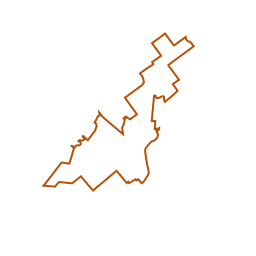 the district of Budesti, Giurgiu, Romania, rotated 322°
{"feature_id": "2599482B32121739895306", "entity_name": "Budesti", "entity_type": "district", "adm_level": 2, "iso_a3": "ROU", "parent_name": "Romania", "parent_adm1": "Giurgiu", "projection": "natural_earth1", "projection_center": [26.452, 44.251], "detail": "fine", "context": "isolated", "style": "outline", "palette": "amber", "viewbox_px": 256, "rotation_deg": 322, "n_neighbors": 0, "source": "geoboundaries", "source_scale": "gbopen_adm2", "svg_char_len": 5475}
<svg xmlns="http://www.w3.org/2000/svg" viewBox="0 0 256 256"><g transform="rotate(322 128 128)"><path d="M147.6,151.9L148.2,148.7L150.6,148.5L152.2,147.7L152.6,147.2L151.4,147.1L150.9,147.1L150.5,147.0L149.4,146.7L149.7,146.2L149.2,146.1L149.4,145.6L148.9,145.4L148.7,145.3L148.5,145.2L150.9,142.5L152.5,140.8L153.8,139.4L152.7,138.4L152.3,138.2L150.9,137.2L152.6,135.4L154.3,133.6L156.0,131.8L157.9,129.8L158.7,129.0L160.9,126.6L162.2,125.2L164.6,122.7L167.7,119.3L168.3,118.8L168.6,118.6L168.8,118.6L169.5,119.5L169.3,119.7L169.2,119.9L169.0,121.1L168.9,121.8L169.0,122.0L169.3,122.4L169.4,122.5L170.5,122.9L170.6,123.0L170.9,123.2L171.2,123.5L171.6,123.6L172.1,123.6L172.9,123.6L173.3,123.7L174.6,124.2L175.0,124.3L175.3,124.5L175.4,124.9L175.5,125.2L175.4,125.5L175.4,125.8L175.3,126.0L175.2,126.2L174.9,126.7L174.3,127.3L174.0,127.6L173.9,127.9L173.7,128.2L173.4,129.3L173.3,129.8L173.2,130.2L180.9,129.9L184.7,129.8L185.2,129.7L189.9,129.2L190.0,128.5L190.1,126.6L190.4,121.0L194.5,121.2L197.1,121.3L197.5,121.4L197.8,121.5L198.0,121.3L197.9,121.0L197.9,120.6L198.0,117.2L198.2,109.8L198.3,103.5L198.6,103.3L198.8,103.2L199.1,103.2L206.7,103.4L210.6,103.5L214.4,103.6L222.3,103.9L227.3,104.0L230.0,104.1L230.1,101.6L230.1,101.4L230.2,101.2L230.1,100.4L230.1,99.5L230.1,99.2L230.0,98.8L229.9,98.1L229.7,97.9L228.7,96.8L228.6,96.7L228.5,96.1L228.4,95.6L228.3,94.1L228.6,93.5L228.8,93.0L229.2,92.4L229.3,92.1L229.5,91.7L227.4,91.7L226.5,91.7L224.4,91.6L223.2,91.6L221.3,91.5L219.7,91.4L218.4,91.4L217.4,91.4L215.5,91.3L215.0,91.3L214.9,91.3L214.8,91.2L214.9,90.6L214.9,90.2L214.9,89.2L215.0,88.1L215.1,82.8L215.2,81.9L215.2,80.9L215.2,80.3L215.3,78.6L215.3,77.5L215.4,76.4L214.8,76.4L211.2,76.3L208.5,76.2L207.7,76.5L207.4,76.5L206.9,76.3L206.6,76.2L204.6,76.1L201.9,76.0L199.2,75.9L199.0,80.4L198.8,86.3L198.7,89.1L198.5,91.5L194.5,91.3L193.2,91.2L192.9,91.2L192.5,91.1L192.0,91.1L191.4,91.1L190.3,91.0L189.3,91.0L187.7,90.8L187.5,91.0L187.4,91.4L187.4,93.1L187.3,93.3L187.2,93.3L186.0,93.3L183.9,93.1L181.7,92.9L180.1,92.8L179.1,92.7L176.4,92.5L172.4,92.4L171.0,92.4L171.0,95.0L170.9,96.3L170.8,96.9L170.6,97.8L170.4,98.4L170.0,99.1L169.1,100.9L168.6,101.9L168.3,101.9L168.1,102.0L167.8,102.1L167.5,102.2L167.1,102.3L166.6,102.6L166.2,102.8L165.8,102.9L162.8,102.8L159.7,102.7L149.5,102.4L147.0,102.3L144.5,102.2L144.3,102.2L144.2,103.4L144.2,104.4L144.1,105.2L144.0,106.2L144.0,107.2L144.0,107.7L144.0,109.0L143.9,110.1L143.9,110.6L143.8,112.4L143.8,113.3L143.7,113.7L143.7,114.6L143.7,116.3L143.7,116.9L143.6,117.4L143.6,118.1L143.6,118.6L143.5,121.5L143.4,122.0L143.4,122.4L143.4,122.7L135.0,122.5L134.6,121.5L134.5,121.3L134.2,120.6L134.0,119.9L133.6,118.1L132.4,118.6L132.4,118.4L132.2,117.5L131.4,117.7L131.1,117.7L130.6,117.7L130.7,118.0L130.6,118.6L130.4,119.2L130.2,119.7L129.5,120.4L127.9,121.6L126.5,122.7L124.6,123.7L123.5,124.2L123.5,124.4L120.3,129.8L116.8,113.2L115.0,104.5L114.9,98.0L113.3,100.7L113.0,100.8L112.6,100.7L112.3,100.6L111.9,100.4L111.7,100.4L111.3,100.4L110.4,100.7L109.1,101.4L105.1,103.1L105.5,103.6L105.6,103.8L105.3,104.9L104.6,107.2L104.5,107.4L103.9,107.7L103.4,107.9L102.2,108.5L101.9,108.7L101.7,108.8L101.6,109.0L101.5,109.3L101.4,109.4L101.3,109.5L100.7,109.7L98.8,110.2L94.1,111.5L88.8,112.9L87.8,106.8L87.4,106.6L87.1,106.6L86.9,106.9L86.9,107.2L87.1,107.9L86.9,108.6L87.1,109.2L87.4,109.7L87.4,110.1L87.2,110.3L86.5,110.3L85.2,109.9L84.2,109.8L83.8,109.6L83.4,109.2L83.1,108.8L83.0,108.2L82.8,107.9L82.2,107.7L81.0,107.7L81.4,108.5L81.6,109.2L81.5,110.1L81.3,111.1L81.2,111.3L80.8,111.5L80.3,111.8L80.2,111.8L79.8,111.8L79.5,111.8L78.7,111.5L78.3,111.3L77.4,110.5L77.2,110.3L76.9,110.0L76.7,109.9L76.3,110.0L76.0,110.1L75.7,110.2L75.4,110.2L75.1,110.2L74.5,110.3L74.0,109.7L73.9,109.6L73.7,109.5L73.6,109.4L73.5,109.0L73.4,108.7L73.2,108.1L73.1,107.9L72.9,107.7L72.6,107.4L72.5,107.5L72.4,107.6L72.7,108.5L73.0,110.0L72.8,110.2L72.9,110.7L71.5,111.7L70.1,112.7L69.3,113.3L67.9,114.3L66.8,115.1L66.2,115.5L64.9,116.5L62.2,118.4L61.5,118.8L60.6,119.5L59.9,120.0L54.3,114.3L54.0,114.3L53.9,114.3L52.8,114.7L47.4,116.1L46.1,116.4L41.8,117.6L39.0,118.3L36.6,118.9L35.0,119.3L32.4,119.9L30.3,120.5L28.9,120.8L28.1,121.0L27.8,121.0L26.8,121.2L26.1,121.3L25.8,121.4L27.4,122.8L29.7,124.9L31.1,126.2L32.8,127.8L34.2,129.2L35.0,129.1L37.2,128.7L38.4,128.4L40.3,128.1L41.5,129.2L44.3,131.8L45.0,132.5L47.6,135.0L49.0,136.3L49.9,137.2L50.8,137.2L56.8,137.1L59.8,137.1L60.4,137.1L60.7,137.1L61.1,137.1L61.1,137.3L61.2,138.6L61.2,139.6L61.4,143.2L61.4,143.6L61.4,144.0L61.4,145.0L61.5,145.7L61.5,147.2L61.8,152.6L61.9,153.3L62.0,155.3L62.0,155.8L64.3,155.7L64.9,155.6L66.1,155.5L67.7,155.4L68.4,155.4L68.5,155.4L68.8,155.4L69.0,155.5L70.0,155.5L71.1,155.5L71.6,155.4L73.8,155.4L75.7,155.3L76.6,155.3L77.6,155.2L79.4,155.2L80.0,155.1L82.6,155.0L84.4,154.9L85.2,154.9L87.6,154.8L89.2,154.8L90.5,154.7L92.0,154.7L92.6,154.7L92.6,155.2L92.7,155.9L92.7,156.3L92.7,156.8L92.9,159.8L93.1,169.1L93.1,170.6L95.0,170.5L94.9,171.0L94.8,171.8L94.8,172.0L95.5,172.2L96.6,172.3L97.3,172.4L97.9,172.5L99.2,172.7L100.0,172.8L102.1,173.1L102.4,173.1L102.4,174.4L104.6,174.8L104.7,180.0L105.5,180.1L106.6,180.0L108.6,179.6L111.6,178.6L112.9,178.1L115.8,176.9L117.4,175.3L119.0,172.0L121.0,167.8L124.1,162.1L126.0,158.9L126.6,157.9L127.1,156.9L127.8,156.1L129.0,155.2L129.9,154.7L134.8,153.6L136.6,153.3L138.4,153.1L139.4,153.6L140.7,153.9L141.8,154.1L143.2,154.0L145.0,153.5L145.8,153.1L147.6,151.9Z" fill="none" stroke="#b45309" stroke-width="2"/></g></svg>